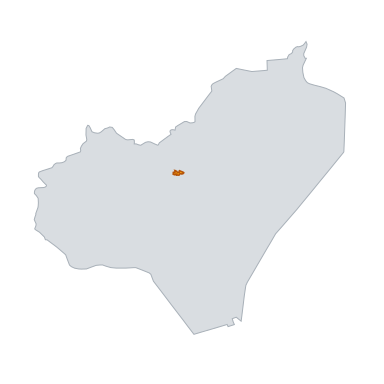 Al-Adhamiya, Diyala, Iraq shown in context, rotated 266°
{"feature_id": "34846034B20026231535079", "entity_name": "Al-Adhamiya", "entity_type": "district", "adm_level": 2, "iso_a3": "IRQ", "parent_name": "Iraq", "parent_adm1": "Diyala", "projection": "equal_earth", "projection_center": [44.388, 33.48], "detail": "fine", "context": "in_parent", "style": "filled", "palette": "amber", "viewbox_px": 384, "rotation_deg": 266, "n_neighbors": 0, "source": "geoboundaries", "source_scale": "gbopen_adm2", "svg_char_len": 4125}
<svg xmlns="http://www.w3.org/2000/svg" viewBox="0 0 384 384"><g transform="rotate(266 192 192)"><path d="M154.6,42.4L157.4,41.6L162.5,37.1L165.5,32.9L166.4,32.6L169.1,33.9L171.0,34.3L175.4,32.7L178.0,33.6L180.2,34.6L181.5,34.7L187.4,37.3L188.8,37.6L191.9,38.0L196.4,38.1L199.4,36.4L201.4,34.7L202.9,34.8L204.3,35.2L205.5,35.9L206.5,37.1L206.9,38.9L206.8,44.5L207.2,46.0L208.0,47.1L209.0,47.3L210.3,46.1L212.4,44.3L215.1,42.3L217.1,40.5L218.2,39.9L220.0,40.0L221.7,40.3L222.7,41.1L222.7,41.4L223.6,44.1L226.0,54.0L227.3,55.2L228.9,56.3L229.9,57.8L230.4,59.2L230.2,61.5L230.3,64.2L230.9,66.3L231.8,67.8L232.6,68.6L233.8,68.7L235.3,69.1L236.3,70.6L239.4,82.0L239.8,83.4L241.1,83.9L243.2,83.7L245.5,84.9L247.8,86.7L250.1,90.2L251.6,90.7L256.3,90.2L262.8,90.8L265.8,92.6L265.5,93.7L263.2,94.9L259.1,96.4L257.9,98.8L257.2,102.0L257.4,103.8L258.4,105.7L261.3,109.6L261.5,111.1L262.0,113.0L262.6,114.4L262.0,117.0L259.4,118.8L255.9,120.8L249.0,129.5L248.5,131.4L248.6,136.6L247.9,138.0L245.7,138.0L244.0,137.7L243.9,139.6L242.8,142.0L242.2,144.1L244.8,149.1L245.2,151.7L244.8,154.1L242.5,158.2L241.1,161.0L241.4,161.7L243.3,162.8L249.1,171.9L251.0,175.1L253.4,174.3L254.3,174.3L255.1,174.9L255.5,175.9L255.5,177.3L254.9,179.4L258.0,180.2L259.2,182.3L262.8,189.4L262.7,191.6L261.0,194.9L261.0,197.2L261.4,199.2L261.9,199.9L267.3,200.2L269.6,201.0L275.2,204.7L281.6,210.3L286.9,214.9L291.3,218.8L296.1,218.5L297.4,219.2L298.6,220.5L300.0,223.7L302.8,231.0L305.1,233.4L308.8,239.3L312.2,244.8L310.1,252.3L308.0,260.1L308.1,270.1L308.2,275.6L312.8,275.8L317.9,276.0L318.0,282.5L318.1,289.0L318.3,296.5L319.8,296.8L322.2,298.4L323.2,300.8L324.5,302.1L326.1,302.3L327.6,303.5L329.2,305.7L329.7,307.3L329.4,308.4L329.7,310.4L330.8,313.2L332.1,314.5L334.1,316.2L331.4,317.1L328.5,316.4L322.2,313.1L320.2,313.0L317.5,314.2L317.4,315.4L310.8,311.7L308.4,310.9L307.6,310.9L303.8,310.9L298.4,311.6L295.2,313.1L293.1,314.6L292.1,316.2L291.7,317.0L290.0,321.6L288.1,327.5L286.1,332.8L282.1,340.3L279.9,343.7L275.2,350.2L270.1,351.4L258.1,350.2L244.8,348.8L231.5,347.4L221.7,346.3L221.0,346.0L211.2,336.8L203.5,329.6L194.0,320.6L184.2,311.4L174.4,302.1L167.2,295.3L158.5,286.6L150.7,278.8L144.5,272.5L136.5,267.1L130.3,262.8L121.2,256.6L114.0,251.7L107.8,247.5L98.3,241.0L95.1,239.2L85.2,237.0L75.9,235.2L66.1,233.3L59.7,232.0L64.0,227.4L62.8,223.3L59.7,224.0L56.8,225.0L55.2,218.6L57.4,217.8L55.5,209.4L53.6,200.8L51.8,192.5L49.9,184.0L58.2,178.5L64.4,174.5L73.0,168.8L81.3,163.3L89.3,158.1L98.0,152.4L105.7,147.3L112.8,145.2L114.3,143.6L117.7,136.6L120.5,130.6L120.6,129.2L120.7,120.8L121.4,110.9L122.3,105.6L124.0,101.0L125.5,97.6L125.6,94.4L125.5,91.2L124.1,86.3L122.6,81.3L122.8,76.4L123.1,73.8L124.2,69.6L125.9,66.5L127.7,64.7L134.3,62.7L138.2,61.6L143.6,56.2L146.7,53.0L151.1,47.9L154.3,44.2L154.6,42.9L154.6,42.4Z" fill="#d9dde1" stroke="#a8b0b8" stroke-width="1"/><path d="M212.5,174.8L212.2,174.9L211.9,174.7L211.7,174.6L211.4,174.4L211.2,174.4L211.2,174.5L210.9,174.8L210.6,175.2L210.5,175.5L210.4,175.8L210.4,176.3L210.5,176.7L210.8,177.1L211.0,177.5L210.9,177.8L210.7,177.6L210.4,177.5L210.1,177.4L210.0,177.5L209.9,177.6L209.8,177.8L209.8,178.3L209.9,178.8L209.9,179.1L209.8,179.4L209.7,179.8L209.7,180.2L209.9,180.5L210.4,180.8L210.8,181.1L211.0,181.3L211.0,181.7L211.0,182.0L210.9,182.4L210.7,182.8L210.6,183.1L210.6,183.3L210.9,183.4L211.1,183.6L211.1,183.9L211.0,184.1L211.0,184.4L211.0,184.5L211.3,184.6L211.5,184.6L211.6,184.8L211.6,185.1L211.8,185.2L212.2,184.9L212.3,184.7L212.4,184.4L212.8,183.8L213.1,183.2L213.3,182.8L213.3,182.6L213.5,182.3L213.7,181.9L213.8,181.7L214.0,181.4L214.2,181.2L213.9,180.7L213.6,180.6L213.3,180.5L213.0,180.5L212.8,180.5L212.6,180.6L212.4,180.6L212.4,180.4L212.4,180.2L212.4,179.7L212.4,179.3L212.4,179.2L212.5,179.1L212.8,178.8L213.0,178.6L213.4,178.3L213.5,178.3L213.5,178.1L213.7,177.9L213.7,177.7L213.9,177.7L214.0,177.6L214.4,177.3L214.3,177.1L214.6,176.4L213.9,176.6L213.6,176.7L213.4,176.7L213.3,176.3L213.3,176.1L213.1,175.5L212.9,175.7L212.7,175.7L212.6,175.8L212.4,175.9L212.4,175.5L212.4,175.4L212.4,175.2L212.5,174.8Z" fill="#f59e0b" stroke="#b45309" stroke-width="1.5"/></g></svg>